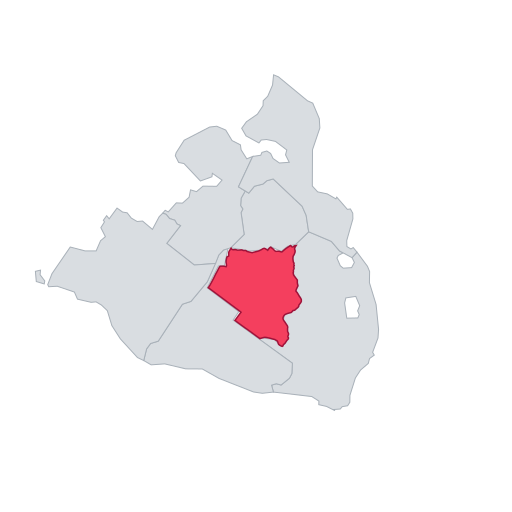 Botswana highlighted among its neighbors, rotated 308°
{"feature_id": "BWA", "entity_name": "Botswana", "entity_type": "country or territory", "adm_level": 0, "iso_a3": "BWA", "parent_name": "Africa", "parent_adm1": "", "projection": "orthographic", "projection_center": [24.585, -22.321], "detail": "fine", "context": "with_neighbors", "style": "filled", "palette": "rose", "viewbox_px": 512, "rotation_deg": 308, "n_neighbors": 6, "source": "natural_earth", "source_scale": "50m", "svg_char_len": 6528}
<svg xmlns="http://www.w3.org/2000/svg" viewBox="0 0 512 512"><g transform="rotate(308 256 256)"><path d="M159.5,353.5L163.8,347.8L167.8,350.6L169.8,355.2L180.3,357.6L185.5,356.6L193.9,350.7L192.4,309.8L195.2,311.4L201.5,321.8L200.7,328.5L203.1,332.4L210.1,331.1L219.7,322.6L222.0,317.3L226.9,314.7L235.9,319.1L244.1,319.6L250.5,317.1L253.4,308.3L258.9,307.5L265.5,296.0L274.8,287.9L289.5,280.1L307.5,282.6L313.9,306.4L311.4,318.7L312.0,322.7L307.1,320.5L304.2,321.1L300.2,328.4L300.1,332.2L305.7,338.5L311.5,337.5L313.8,332.7L321.2,333.2L316.5,350.2L313.7,355.1L304.8,361.8L291.7,380.5L273.6,397.8L266.5,402.6L251.9,407.2L250.7,410.2L245.1,408.6L240.5,410.6L230.5,408.6L221.1,409.4L204.0,415.8L198.5,420.0L194.4,420.4L190.4,416.7L187.3,416.6L183.0,411.9L182.7,413.4L180.9,404.2L177.5,397.0L180.4,394.9L179.6,386.5L159.5,353.5ZM285.6,359.5L278.3,352.6L273.6,354.7L262.9,365.8L269.9,374.4L273.4,373.4L275.3,369.9L280.7,368.3L285.6,359.5Z" fill="#d9dde1" stroke="#a8b0b8" stroke-width="1"/><path d="M307.5,282.6L289.5,280.1L283.1,274.9L275.2,273.0L272.4,262.0L267.9,260.7L256.3,248.3L246.9,231.0L265.7,233.4L281.0,217.5L284.9,216.7L286.2,212.9L292.4,208.7L300.5,207.5L301.1,211.6L310.0,211.8L317.0,217.2L322.0,218.2L327.3,222.1L323.6,261.7L318.9,270.5L307.5,282.6Z" fill="#d9dde1" stroke="#a8b0b8" stroke-width="1"/><path d="M191.4,277.4L193.9,350.7L185.5,356.6L180.3,357.6L169.8,355.2L167.8,350.6L163.8,347.8L159.5,353.5L151.7,345.5L147.3,337.7L136.8,302.4L133.9,283.2L123.8,270.1L114.8,250.5L105.7,240.4L104.5,231.9L115.4,227.0L122.2,226.8L128.7,231.4L172.7,227.7L180.2,232.7L205.8,233.5L233.8,226.1L240.7,226.7L244.9,229.2L229.1,237.0L225.0,232.5L200.9,237.2L201.5,276.7L191.4,277.4Z" fill="#d9dde1" stroke="#a8b0b8" stroke-width="1"/><path d="M303.0,128.1L329.1,140.1L334.1,145.2L336.6,154.6L332.2,166.1L334.0,175.3L330.5,178.9L326.9,188.9L332.4,192.1L299.7,199.6L300.5,207.5L292.4,208.7L286.2,212.9L284.9,216.7L281.0,217.5L265.7,233.4L246.9,231.0L240.7,226.7L233.8,226.1L225.2,228.7L210.9,212.9L211.0,177.9L233.5,177.8L232.6,174.0L234.2,169.9L232.3,164.8L233.5,159.5L232.3,156.1L236.1,156.3L236.7,159.7L248.8,160.5L252.4,165.5L261.1,167.1L267.8,163.7L270.1,169.5L278.4,171.2L286.7,182.1L294.9,182.5L294.3,170.7L291.3,172.5L280.9,166.0L284.5,142.3L282.1,137.5L285.3,130.7L288.2,129.5L303.0,128.1Z" fill="#d9dde1" stroke="#a8b0b8" stroke-width="1"/><path d="M347.8,166.1L355.9,165.8L368.6,169.8L378.8,169.0L382.8,166.1L389.1,166.9L400.9,163.8L409.6,158.3L411.0,163.4L410.0,201.0L411.4,206.6L403.2,221.3L396.2,227.5L374.5,235.1L345.8,257.3L344.5,265.1L348.8,273.9L350.2,283.8L352.1,283.4L349.0,299.3L351.2,301.4L349.3,305.9L344.9,309.5L324.0,318.0L319.4,321.8L320.0,326.5L322.5,327.4L321.2,333.2L313.8,332.7L311.4,318.7L313.9,306.4L307.5,282.6L318.9,270.5L323.6,261.7L327.3,222.1L322.0,218.2L317.0,217.2L310.0,211.8L301.1,211.6L299.7,199.6L332.4,192.1L338.3,197.7L341.3,196.9L345.4,199.9L345.8,204.4L343.3,209.4L343.7,217.2L350.3,224.5L353.9,217.0L358.5,215.0L358.3,200.8L354.3,192.6L350.6,188.7L346.9,188.7L344.5,174.2L347.8,166.1Z" fill="#d9dde1" stroke="#a8b0b8" stroke-width="1"/><path d="M112.2,94.9L108.3,97.4L106.3,104.9L103.6,106.3L100.6,98.6L108.1,91.6L112.2,94.9ZM105.2,109.5L116.5,106.1L148.7,104.1L154.8,118.2L161.6,126.9L172.4,124.1L178.5,125.4L182.8,116.3L189.6,115.6L190.2,113.7L195.8,113.5L194.9,117.4L208.2,117.0L208.5,123.8L210.7,127.9L209.1,134.4L210.0,141.1L213.7,145.1L213.2,158.0L227.4,155.5L232.3,156.1L233.5,159.5L232.3,164.8L234.2,169.9L232.6,174.0L233.5,177.8L211.0,177.9L210.9,212.9L225.2,228.7L205.8,233.5L180.2,232.7L172.7,227.7L128.7,231.4L122.2,226.8L115.4,227.0L104.5,231.9L103.0,225.1L107.2,200.1L112.4,185.3L121.4,172.5L122.2,164.4L121.4,158.2L118.0,154.6L112.1,141.9L115.8,135.1L109.8,118.0L104.2,111.6L105.2,109.5Z" fill="#d9dde1" stroke="#a8b0b8" stroke-width="1"/><path d="M246.8,231.6L246.6,232.2L246.4,233.0L246.6,233.6L247.1,234.4L247.7,235.1L248.1,235.5L248.7,236.5L249.2,237.8L250.0,238.8L252.1,241.1L252.3,242.0L252.6,242.8L253.9,244.4L254.1,244.9L254.0,246.0L255.4,249.2L256.3,251.0L257.0,251.4L259.5,253.4L261.6,255.0L264.0,256.2L265.9,256.9L266.7,257.4L267.2,257.9L267.5,258.9L267.7,260.6L267.7,261.7L269.7,261.6L271.3,261.8L271.9,262.0L272.1,262.3L272.0,263.0L272.0,264.1L272.1,264.9L271.9,265.8L271.8,266.9L271.7,268.2L271.9,268.8L273.4,270.5L274.1,271.6L274.7,273.2L275.1,273.8L275.4,274.0L276.8,274.2L280.4,275.0L282.6,275.7L284.4,276.4L285.1,276.5L285.5,276.7L285.6,276.9L285.3,278.3L285.4,278.8L285.6,279.2L285.9,279.5L286.2,279.7L287.6,279.9L288.3,280.8L288.8,281.2L286.4,281.4L285.2,282.1L284.5,283.3L283.3,284.3L281.9,284.8L280.3,285.2L278.6,285.4L276.8,286.5L274.9,288.4L273.9,289.7L273.9,290.2L273.5,290.6L272.7,291.0L272.2,291.4L272.1,292.0L271.7,292.2L270.9,292.2L270.4,292.5L270.1,293.3L269.4,293.8L268.4,294.0L267.5,294.4L266.8,295.1L266.2,295.5L265.8,295.5L265.2,296.1L264.1,297.4L263.9,298.1L262.5,303.4L261.7,304.0L260.3,305.1L259.1,306.4L258.6,307.1L258.0,307.5L255.3,308.1L254.3,308.4L253.1,308.9L252.8,309.3L252.5,311.0L251.6,313.3L250.9,315.0L250.5,316.5L249.7,318.4L249.0,319.0L248.3,319.6L247.3,319.9L246.0,320.0L244.8,320.0L243.8,320.0L242.5,320.7L241.3,320.7L239.4,320.3L237.8,320.0L237.1,319.9L235.8,318.7L234.9,318.7L233.5,318.6L232.8,318.3L232.1,317.7L230.5,316.5L229.0,315.5L227.7,314.9L226.4,314.7L225.3,314.9L224.3,315.2L224.0,315.3L223.3,315.8L222.6,316.8L222.0,318.4L221.8,319.3L221.1,321.3L220.3,323.7L219.9,324.3L219.4,324.9L218.6,325.3L216.1,327.2L214.9,329.4L214.1,330.0L213.2,330.3L212.4,330.5L211.9,330.9L211.5,332.0L211.0,332.3L210.6,332.5L209.1,332.4L208.7,332.3L204.9,332.6L203.7,332.3L202.9,332.2L201.6,332.6L201.0,332.4L200.6,331.5L200.3,329.7L200.3,328.2L201.0,327.0L201.6,326.2L202.1,325.0L202.2,324.5L202.0,324.1L201.9,323.2L201.8,322.3L200.9,320.3L199.8,317.6L198.4,314.7L197.9,313.8L197.0,312.6L193.8,310.2L193.3,309.9L193.3,309.6L193.2,307.2L193.1,304.0L193.0,300.8L192.9,297.6L192.8,294.5L192.6,291.3L192.5,288.1L192.4,284.9L192.3,281.7L192.3,279.0L194.6,279.0L197.5,278.9L200.9,278.8L202.5,278.8L202.5,278.3L202.5,276.4L202.4,271.8L202.3,267.3L202.2,262.8L202.1,258.2L202.0,253.7L201.9,249.2L201.8,244.6L201.7,240.1L201.6,237.9L204.3,237.7L207.5,237.2L212.5,236.3L217.2,235.3L220.3,234.8L224.0,234.1L225.3,234.0L225.6,234.0L226.1,234.3L227.8,236.5L228.9,238.2L229.1,239.0L229.3,239.0L229.8,238.9L230.4,238.6L232.1,236.9L232.4,236.5L233.5,235.6L234.9,234.8L236.1,234.2L237.3,233.7L237.9,233.8L238.5,234.2L239.1,234.5L241.9,232.4L243.1,231.9L246.4,231.6L246.8,231.6Z" fill="#f43f5e" stroke="#9f1239" stroke-width="1.5"/></g></svg>